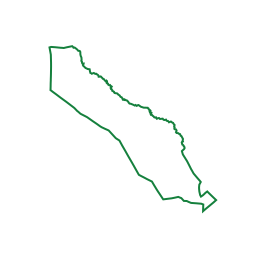 Chingeltei, Ulaanbaatar, Mongolia (Equal Earth projection), rotated 323°
{"feature_id": "93677404B82424679119266", "entity_name": "Chingeltei", "entity_type": "district", "adm_level": 2, "iso_a3": "MNG", "parent_name": "Mongolia", "parent_adm1": "Ulaanbaatar", "projection": "equal_earth", "projection_center": [106.895, 48.027], "detail": "fine", "context": "isolated", "style": "outline", "palette": "green", "viewbox_px": 256, "rotation_deg": 323, "n_neighbors": 0, "source": "geoboundaries", "source_scale": "gbopen_adm2", "svg_char_len": 4010}
<svg xmlns="http://www.w3.org/2000/svg" viewBox="0 0 256 256"><g transform="rotate(323 128 128)"><path d="M137.9,239.6L140.7,239.4L151.6,238.9L155.0,238.6L154.4,235.0L153.3,228.0L153.1,226.4L150.8,226.4L149.4,226.6L147.4,226.8L145.0,226.7L145.2,225.4L145.3,224.9L146.7,221.8L147.9,219.8L148.5,218.9L149.0,218.2L150.8,216.2L153.6,214.9L153.6,213.5L153.3,209.3L153.0,203.8L153.5,200.2L153.6,199.1L154.6,193.6L155.2,190.1L155.9,182.1L156.6,180.3L157.1,178.9L157.5,178.8L158.8,178.7L160.0,178.6L161.0,178.2L161.6,177.3L161.5,176.1L161.8,175.7L161.7,174.5L161.4,173.9L162.2,171.9L163.1,171.5L163.8,171.8L164.3,170.7L164.5,170.5L165.3,169.9L165.8,166.5L165.4,165.9L165.9,164.3L165.3,163.7L165.2,163.1L165.1,162.5L164.8,162.2L163.8,161.2L163.8,160.2L165.1,159.5L165.4,158.7L165.4,157.9L164.7,157.3L164.5,156.7L165.0,155.8L165.7,155.5L165.9,154.3L166.3,154.1L167.0,153.7L166.9,152.0L166.9,151.7L167.1,151.1L166.5,150.0L166.2,148.7L165.8,148.5L165.0,148.4L164.8,148.3L164.2,148.1L164.3,147.5L164.1,146.4L163.6,146.1L163.2,145.3L163.4,144.2L162.0,143.6L161.7,143.4L161.3,142.5L161.3,141.4L159.4,140.3L158.9,139.9L158.8,138.8L158.4,138.5L157.6,138.1L156.6,138.0L156.5,137.1L156.8,136.4L156.1,135.9L155.6,135.6L155.4,135.3L155.4,134.0L155.0,133.0L155.1,132.3L154.9,131.7L154.3,131.4L154.5,130.2L155.7,130.1L155.9,129.9L155.5,129.3L155.0,128.5L155.2,127.9L155.8,128.0L156.0,128.1L156.4,127.7L156.3,126.9L155.8,126.1L155.9,125.9L156.0,125.4L156.1,124.7L155.8,124.4L155.9,123.8L155.9,123.7L153.7,121.9L152.8,121.2L151.1,118.8L150.2,116.0L149.7,115.8L149.3,115.6L148.3,115.6L148.0,114.9L147.9,114.2L146.9,114.1L146.1,112.5L144.8,110.3L143.9,109.4L143.8,108.0L144.0,107.2L143.7,105.3L143.2,104.8L142.9,104.1L142.1,103.6L142.4,102.9L142.2,102.7L141.6,102.9L140.9,102.3L141.4,100.8L141.3,99.9L141.4,99.6L140.8,98.7L140.8,98.2L140.9,96.9L140.6,96.2L140.3,95.4L140.3,94.5L140.1,93.8L139.0,92.7L138.4,92.0L138.3,91.3L138.6,90.9L138.6,90.6L138.2,89.6L137.8,88.9L138.1,88.5L138.2,88.3L138.1,87.6L138.0,87.1L137.9,86.8L138.4,86.4L138.3,86.0L138.2,85.6L138.5,85.3L138.8,85.2L139.5,85.2L139.9,85.2L139.9,84.7L139.4,83.9L139.5,82.9L138.8,82.7L138.3,81.5L138.7,80.8L138.7,80.4L138.2,79.9L138.1,79.3L138.9,78.7L139.4,78.0L139.3,77.3L139.0,77.4L138.3,77.4L138.1,75.7L138.1,74.2L137.5,73.5L137.6,72.6L137.6,72.3L137.3,71.8L137.3,71.6L137.4,70.8L136.9,70.1L135.8,69.7L135.4,69.4L135.9,68.3L135.9,67.4L135.5,66.7L135.4,65.7L134.4,65.1L134.3,64.9L134.3,64.5L134.0,64.0L133.8,63.5L132.0,62.9L131.8,62.9L131.7,62.4L131.1,61.4L131.4,60.9L131.5,60.2L132.3,58.8L132.7,58.0L132.1,57.4L131.2,56.5L130.7,55.3L130.2,54.6L130.0,52.9L129.7,51.5L129.7,51.3L129.9,50.5L130.5,50.4L131.1,50.1L131.4,49.8L130.5,49.2L130.4,48.6L130.7,47.9L131.1,47.4L131.2,47.0L131.1,46.4L131.5,45.9L131.9,45.7L133.1,43.9L133.3,43.4L133.6,42.0L134.4,40.3L135.1,39.4L135.7,38.5L135.8,37.4L135.5,37.1L135.1,36.8L134.7,36.3L134.7,35.4L134.6,34.6L134.3,33.3L133.8,31.6L132.8,31.1L132.9,30.5L132.7,29.1L132.3,28.9L127.7,26.7L125.9,25.9L124.9,25.5L123.8,24.5L122.4,23.3L118.6,19.8L116.2,17.7L115.4,17.0L113.8,16.4L112.4,19.2L111.1,21.8L110.5,23.0L105.8,29.6L103.4,32.8L99.2,38.2L97.7,40.1L95.6,42.7L95.0,43.5L93.2,45.7L91.1,48.4L89.5,50.4L88.9,51.1L89.3,52.4L89.6,53.6L90.9,57.9L92.4,63.2L94.5,70.1L95.6,74.0L97.0,79.0L97.2,79.8L97.7,84.0L98.0,84.9L98.6,87.9L98.8,88.4L100.6,92.1L101.8,94.6L102.3,96.1L103.9,101.1L105.6,106.1L106.9,110.3L107.2,110.9L107.4,111.5L109.3,115.1L110.7,117.6L111.1,118.4L111.2,119.4L111.6,123.5L112.0,127.7L112.1,128.7L112.4,129.6L113.6,132.8L113.5,133.7L112.8,138.4L112.0,145.0L111.2,150.9L110.3,158.4L109.1,167.4L108.5,171.9L109.6,174.3L111.2,177.6L112.3,180.0L113.9,183.2L114.9,185.2L114.5,188.4L113.9,194.4L113.7,197.0L113.6,199.2L113.2,205.7L113.2,206.2L116.5,208.1L120.5,210.4L120.7,210.5L123.2,211.7L126.7,213.3L127.5,214.7L128.4,216.1L128.7,219.5L128.7,219.8L130.4,221.2L131.0,221.7L132.1,223.8L133.0,225.3L133.3,225.8L137.3,229.3L140.3,232.0L140.9,232.5L142.1,234.4L140.3,236.6L137.9,239.6Z" fill="none" stroke="#15803d" stroke-width="2"/></g></svg>